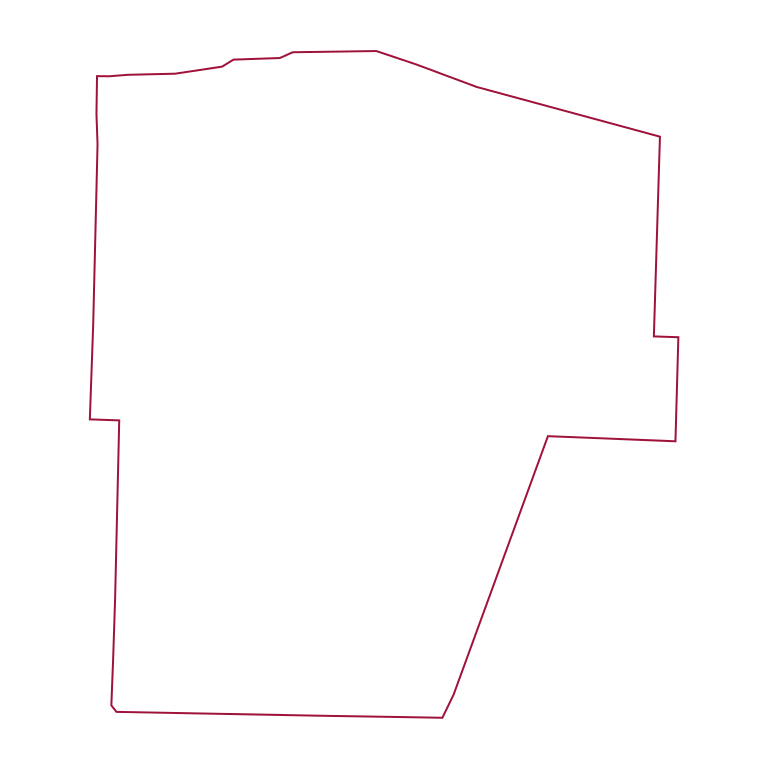 Paulding, Georgia, United States of America (Albers equal-area conic projection), rotated 181°
{"feature_id": "52423323B85895559064140", "entity_name": "Paulding", "entity_type": "district", "adm_level": 2, "iso_a3": "USA", "parent_name": "United States of America", "parent_adm1": "Georgia", "projection": "albers", "projection_center": [-84.846, 33.929], "detail": "fine", "context": "isolated", "style": "outline", "palette": "rose", "viewbox_px": 768, "rotation_deg": 181, "n_neighbors": 0, "source": "geoboundaries", "source_scale": "gbopen_adm2", "svg_char_len": 542}
<svg xmlns="http://www.w3.org/2000/svg" viewBox="0 0 768 768"><g transform="rotate(181 384 384)"><path d="M112.4,636.1L296.5,682.6L357.1,704.0L397.6,716.8L481.1,714.1L493.9,708.1L540.2,705.7L551.4,698.5L598.4,690.6L645.2,688.7L664.0,686.9L676.3,686.8L676.2,648.8L674.6,618.7L674.7,602.5L675.8,438.1L677.5,343.5L648.1,343.0L649.1,164.8L650.0,105.5L651.0,57.9L645.8,51.5L433.8,51.2L366.2,51.3L319.8,51.3L309.0,74.6L219.2,334.7L91.6,331.8L90.5,435.9L115.0,436.3L112.9,599.2L112.4,636.1Z" fill="none" stroke="#9f1239" stroke-width="2"/></g></svg>